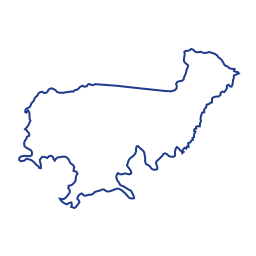 the district of Ponte Alta, Santa Catarina, Brazil, rotated 5°
{"feature_id": "56859067B55318119978612", "entity_name": "Ponte Alta", "entity_type": "district", "adm_level": 2, "iso_a3": "BRA", "parent_name": "Brazil", "parent_adm1": "Santa Catarina", "projection": "albers", "projection_center": [-50.297, -27.416], "detail": "fine", "context": "isolated", "style": "outline", "palette": "blue", "viewbox_px": 256, "rotation_deg": 5, "n_neighbors": 0, "source": "geoboundaries", "source_scale": "gbopen_adm2", "svg_char_len": 4405}
<svg xmlns="http://www.w3.org/2000/svg" viewBox="0 0 256 256"><g transform="rotate(5 128 128)"><path d="M136.5,190.2L134.7,189.5L132.8,188.7L131.0,187.7L128.5,186.5L126.7,186.0L125.3,185.6L124.4,184.2L123.5,182.9L122.3,181.6L120.9,179.2L120.6,177.4L120.9,175.7L121.8,173.8L123.8,174.7L126.0,174.7L127.9,173.9L129.6,173.5L131.5,173.8L133.3,174.1L135.2,173.0L134.6,170.5L133.6,169.3L132.5,167.9L131.2,166.7L130.2,165.3L130.8,163.3L131.1,161.6L131.9,159.2L133.2,157.5L135.6,155.5L137.4,153.1L138.1,150.2L137.8,148.0L138.2,145.5L139.7,145.2L141.5,146.9L143.4,148.1L144.8,149.2L146.0,150.5L146.7,152.2L147.0,153.9L147.8,156.6L147.9,159.5L149.0,162.2L150.8,163.1L152.3,163.6L153.5,164.7L155.0,166.5L156.9,167.3L158.8,167.2L160.5,166.6L160.8,165.0L160.0,163.1L158.9,160.5L159.5,158.4L161.0,157.0L162.3,155.5L163.6,153.9L164.8,152.5L165.6,150.7L167.2,150.0L168.8,150.5L171.0,152.3L173.2,152.8L175.6,152.8L177.1,151.8L177.2,150.0L176.8,147.8L177.1,145.9L177.4,144.3L178.4,142.7L180.4,144.0L181.8,145.7L183.7,146.6L184.8,144.7L186.1,142.7L187.9,143.4L188.3,141.4L190.0,141.4L189.2,137.9L191.4,136.8L192.2,135.0L193.8,134.1L193.1,132.5L194.6,131.3L194.3,128.8L195.5,125.8L194.1,125.2L194.3,123.4L196.1,122.6L195.7,120.9L197.3,120.1L199.4,120.1L199.3,117.5L200.0,114.6L199.4,112.0L199.8,109.1L200.5,106.2L202.6,105.7L202.2,103.4L202.9,101.8L204.1,100.6L204.3,97.9L206.6,97.1L207.8,95.8L209.4,95.2L209.2,92.5L209.4,90.6L211.0,89.7L213.2,88.9L215.4,88.8L217.2,87.0L217.2,84.9L218.8,83.5L220.8,83.8L222.0,81.9L223.1,79.7L222.9,77.2L224.6,76.1L225.9,77.6L227.5,77.8L228.3,75.8L228.4,73.2L228.5,71.2L229.0,69.0L229.0,66.4L233.7,63.9L232.4,62.7L230.4,62.6L228.6,62.0L228.9,59.9L226.7,60.1L223.8,59.6L221.8,58.0L219.9,57.6L218.3,56.4L217.6,55.0L216.3,53.4L215.0,51.7L213.2,50.5L211.5,49.3L210.3,47.7L207.5,46.4L205.5,46.0L203.8,45.5L201.9,45.3L199.7,46.3L197.5,46.6L195.3,46.3L193.4,45.6L191.9,46.4L190.1,46.6L187.9,46.0L186.4,44.4L184.0,43.7L182.7,45.1L181.1,45.8L178.8,46.2L177.5,47.2L178.0,49.0L178.0,51.3L177.7,54.0L177.9,56.4L179.0,57.9L180.6,59.1L182.5,60.4L182.1,62.7L181.3,64.8L181.1,66.8L180.8,68.7L180.0,70.9L179.4,72.7L179.1,75.0L177.8,76.2L175.1,76.9L173.0,77.9L172.0,80.1L173.0,81.7L172.9,84.3L171.7,86.0L169.3,87.2L167.5,87.8L165.3,87.7L163.6,87.9L162.0,87.9L134.1,87.4L112.5,86.9L91.5,87.2L89.3,88.4L87.2,88.1L85.7,87.5L84.3,88.1L83.2,90.1L80.8,90.7L79.2,89.8L76.8,91.1L75.2,93.2L73.6,94.4L71.8,95.0L70.3,96.5L68.8,96.6L67.2,96.8L64.7,97.5L62.7,97.8L61.2,98.5L59.1,98.6L56.9,98.9L54.3,98.4L52.8,96.9L51.2,96.0L48.8,95.1L46.9,95.7L45.5,96.7L44.9,98.3L43.7,99.9L41.3,100.5L39.3,99.4L37.3,100.0L35.7,101.4L35.2,103.1L34.1,104.5L32.5,106.2L31.7,109.2L29.9,111.4L29.1,113.8L28.1,115.9L25.7,117.1L24.4,118.6L24.1,120.9L25.4,121.6L26.9,119.3L28.2,120.8L28.8,123.5L28.9,125.9L29.3,127.7L30.2,129.3L29.4,131.2L28.7,133.6L27.2,136.1L25.5,138.2L27.3,139.2L28.7,140.8L30.0,142.0L30.3,144.3L28.1,145.5L27.6,147.8L26.4,149.7L25.8,152.1L26.4,155.1L28.4,156.5L31.3,157.7L33.5,158.8L34.6,161.0L34.4,163.6L33.1,164.4L31.6,164.7L29.8,164.8L27.9,164.7L26.1,165.0L23.7,165.8L22.3,167.5L22.4,169.4L24.2,170.4L26.1,170.0L27.8,169.4L29.5,167.4L31.6,167.8L33.3,168.1L35.1,168.7L36.6,169.7L38.2,171.1L40.0,172.8L41.8,173.7L43.0,175.5L44.7,175.6L44.4,172.1L43.3,169.2L42.9,167.4L43.8,166.0L45.0,164.2L47.6,164.0L50.2,165.0L51.9,162.9L54.2,162.4L56.0,163.8L56.7,165.6L57.9,166.9L59.2,164.5L60.6,163.4L62.8,163.0L65.6,162.2L68.5,162.1L70.6,163.5L71.8,164.6L72.9,166.9L74.0,168.3L75.4,169.0L76.8,170.0L77.9,171.6L77.5,173.5L77.5,175.5L80.4,176.0L81.7,177.8L80.9,179.3L80.3,181.3L80.5,184.1L79.9,186.0L78.4,188.2L77.3,189.3L75.5,190.3L73.9,190.7L73.7,193.0L75.1,194.7L75.7,196.3L75.2,198.0L74.0,200.0L72.4,202.4L70.4,204.3L68.8,204.6L66.3,204.4L67.6,206.2L70.0,207.9L72.0,208.9L73.8,209.4L75.8,207.8L78.1,207.1L78.8,209.4L78.2,211.5L79.9,211.9L81.6,212.3L83.0,211.3L83.8,209.8L85.2,207.8L86.1,206.0L85.2,204.4L83.6,202.9L84.1,200.5L85.6,198.5L87.5,197.2L89.0,198.4L90.7,199.3L92.7,198.7L94.8,197.9L97.3,197.6L98.9,196.6L100.2,194.9L101.7,194.1L103.4,193.5L105.2,192.9L107.1,191.7L109.3,191.3L111.8,192.8L114.2,193.0L116.4,192.2L118.4,191.2L120.2,190.2L122.2,189.4L123.8,189.3L125.3,189.8L126.8,190.4L128.2,191.3L129.8,192.5L131.5,193.8L133.4,195.7L135.2,197.4L137.5,198.0L140.1,197.5L139.7,195.5L138.8,193.9L137.4,191.8L136.5,190.2ZM183.7,146.6L184.2,148.3L185.4,147.1L183.7,146.6Z" fill="none" stroke="#1e3a8a" stroke-width="2"/></g></svg>